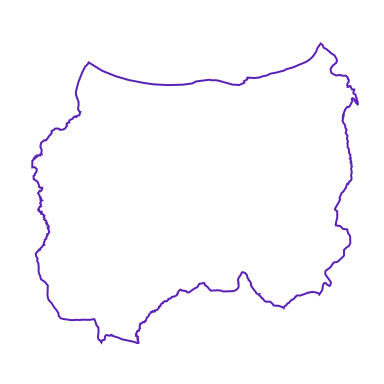 Lumajang, Jawa Timur, Indonesia (orthographic projection), rotated 183°
{"feature_id": "22746128B76070527787319", "entity_name": "Lumajang", "entity_type": "district", "adm_level": 2, "iso_a3": "IDN", "parent_name": "Indonesia", "parent_adm1": "Jawa Timur", "projection": "orthographic", "projection_center": [113.148, -8.125], "detail": "fine", "context": "isolated", "style": "outline", "palette": "violet", "viewbox_px": 384, "rotation_deg": 183, "n_neighbors": 0, "source": "geoboundaries", "source_scale": "gbopen_adm2", "svg_char_len": 5828}
<svg xmlns="http://www.w3.org/2000/svg" viewBox="0 0 384 384"><g transform="rotate(183 192 192)"><path d="M342.1,126.3L342.2,125.2L343.4,124.4L344.8,122.0L344.3,119.8L342.7,117.2L343.1,115.3L341.7,112.7L341.1,108.5L341.1,104.9L340.5,102.6L339.0,99.8L338.8,98.2L338.1,96.9L334.0,94.3L331.1,91.1L330.9,80.9L330.0,77.7L328.9,76.0L326.7,74.0L323.0,68.9L321.3,67.2L319.0,63.9L318.7,61.4L316.7,59.2L314.3,58.5L305.4,57.7L299.5,58.4L297.3,58.2L295.5,58.7L287.3,59.0L283.5,59.9L282.7,59.7L280.1,53.4L278.4,51.8L278.0,47.7L278.3,41.9L277.9,40.6L277.1,39.4L276.2,39.1L274.6,37.0L274.1,39.1L271.5,40.0L271.3,43.1L270.6,44.4L269.1,44.7L266.6,44.1L265.1,45.2L264.4,44.9L264.3,44.3L257.9,42.7L254.5,41.3L241.9,39.3L238.9,38.3L237.7,38.4L237.5,39.7L238.5,40.8L238.2,41.6L238.6,42.1L238.2,42.8L238.8,43.2L238.5,44.7L240.0,45.0L239.8,45.9L240.4,45.9L240.7,47.2L239.9,48.2L239.6,49.8L239.0,50.5L237.8,50.6L237.7,51.8L236.7,53.1L237.3,54.5L236.7,58.0L235.2,58.2L234.1,59.7L232.7,59.5L232.2,60.6L231.8,60.5L231.3,61.1L230.8,63.6L230.0,64.8L228.8,65.7L228.6,67.4L226.9,69.1L226.7,70.0L225.7,70.1L225.3,70.8L224.3,70.3L223.8,71.1L222.8,71.0L222.9,71.8L220.5,72.5L218.8,74.9L219.0,75.7L217.5,76.5L217.4,77.9L216.4,79.1L215.2,79.4L215.1,80.2L213.7,81.5L212.6,81.3L212.2,81.7L211.2,81.8L209.8,83.4L209.9,84.0L207.7,84.7L206.6,86.2L203.6,86.9L202.0,88.0L201.4,88.6L201.3,89.9L200.8,90.2L200.5,91.7L198.7,93.9L197.5,93.6L197.0,93.1L192.8,92.8L191.8,91.6L189.7,91.6L184.6,95.7L181.8,97.2L179.8,100.8L178.0,101.0L175.4,101.9L174.4,100.6L174.3,99.6L171.9,98.3L168.2,94.5L161.1,95.2L158.2,95.1L155.5,94.3L145.2,95.2L142.2,97.0L140.7,99.0L140.5,100.8L140.7,102.8L141.1,103.5L140.8,104.7L141.6,106.4L140.7,109.2L139.2,111.4L138.1,114.0L137.5,114.6L134.9,114.1L132.6,111.6L132.2,109.4L130.8,107.5L130.9,107.0L129.7,106.2L128.2,103.7L128.5,102.5L127.7,101.4L127.7,100.8L122.9,95.2L122.6,94.4L120.5,93.2L119.7,93.4L119.9,93.1L119.4,92.3L117.5,90.9L116.9,89.7L115.7,89.4L115.1,88.3L113.4,86.7L111.4,86.2L110.8,86.6L108.2,86.5L105.9,84.7L104.5,82.9L99.7,82.9L95.7,81.8L94.3,80.8L93.5,82.8L92.1,83.7L90.6,85.9L89.7,86.1L87.3,89.1L84.4,90.8L83.8,92.2L83.2,92.3L82.5,93.6L81.6,94.2L78.4,94.3L71.9,97.0L71.0,97.7L69.2,97.6L68.7,98.1L66.8,98.5L63.2,98.3L60.2,97.3L59.5,96.3L56.7,101.0L56.4,105.3L55.6,107.7L54.0,108.2L51.6,106.2L49.9,105.4L49.4,105.6L48.6,107.7L48.8,109.6L54.3,116.4L54.7,118.0L54.5,120.3L50.0,123.8L47.7,127.7L46.5,129.1L43.0,129.9L37.3,135.8L36.8,136.9L37.2,142.0L34.9,144.6L32.4,146.5L31.2,149.0L31.8,156.0L32.3,157.1L33.7,158.5L35.2,162.8L39.4,163.1L42.2,165.8L46.5,166.1L46.8,166.5L46.4,170.3L45.6,173.8L46.0,180.4L47.9,181.5L48.4,182.6L44.3,190.7L43.7,192.3L44.4,193.6L42.6,198.8L41.0,200.2L38.3,204.8L37.8,208.0L37.2,208.4L36.3,208.2L35.6,210.5L33.8,212.0L33.5,212.7L33.4,214.5L34.0,216.4L33.5,220.0L34.3,223.3L34.1,225.3L33.6,225.8L34.3,226.9L34.1,228.2L35.1,229.4L34.5,230.2L35.1,230.6L34.9,231.5L35.9,233.4L35.3,233.5L35.2,234.1L36.0,236.2L35.7,237.4L37.3,239.4L37.6,243.1L39.0,245.0L39.0,247.4L39.4,248.7L38.9,250.5L40.1,253.5L39.6,256.3L41.7,259.1L40.9,262.2L42.3,264.3L42.4,266.0L43.2,267.6L44.6,269.2L45.4,271.2L45.1,272.1L45.4,273.8L44.9,274.0L45.2,275.6L44.5,275.9L45.2,277.0L44.4,277.7L44.5,279.4L43.7,280.8L43.6,282.1L41.3,285.2L40.1,285.0L38.9,286.1L36.6,291.3L37.3,293.4L36.6,294.1L34.6,293.2L34.2,291.6L33.2,290.8L33.1,289.7L32.4,289.5L31.3,288.1L30.9,288.7L31.7,290.2L31.3,291.1L32.2,291.9L32.3,293.9L33.4,296.0L33.9,298.0L35.7,298.6L36.1,299.6L35.3,302.8L37.6,302.8L39.4,306.1L40.0,306.3L41.4,305.1L42.2,305.1L42.7,307.7L41.3,310.2L41.3,312.0L42.1,312.6L42.2,313.8L43.8,315.8L44.7,316.2L48.0,316.0L50.5,316.7L53.7,315.9L55.6,316.4L59.1,318.3L59.6,319.6L60.0,322.4L58.1,325.5L54.7,328.6L54.1,330.6L54.6,332.5L57.0,336.1L59.6,337.3L65.1,341.6L68.1,343.0L69.3,345.6L71.3,347.0L74.2,342.4L75.4,338.5L78.5,333.5L81.3,330.5L84.9,327.9L98.0,321.6L104.4,319.5L105.9,318.3L113.3,315.9L120.1,314.2L123.6,312.2L127.8,311.2L130.2,310.0L136.1,309.0L142.4,309.2L142.9,308.8L142.5,307.9L142.9,307.2L145.9,305.4L145.4,303.9L150.5,301.3L157.4,301.4L170.9,304.5L174.1,304.9L177.8,304.6L180.5,305.0L193.8,302.6L197.2,300.5L206.7,298.7L221.8,297.5L235.8,297.5L245.8,298.4L261.0,300.5L273.8,303.5L287.9,308.3L302.0,316.0L302.9,314.1L305.5,311.3L308.1,305.0L311.1,296.1L312.9,287.6L313.2,285.1L312.8,282.7L310.0,276.0L309.8,272.7L310.2,269.1L308.9,266.7L307.6,266.0L308.2,264.9L308.4,262.7L311.5,261.7L311.5,260.8L313.2,261.2L314.4,260.2L314.9,259.0L317.7,257.5L318.5,256.2L318.3,254.9L319.2,254.9L320.8,253.7L320.8,252.6L320.2,251.8L322.1,248.7L324.4,247.5L325.6,247.3L327.6,247.3L328.0,248.1L329.5,248.4L332.3,248.0L333.1,246.8L335.4,245.7L335.2,243.5L335.7,243.1L336.0,242.0L337.1,241.2L340.4,236.0L342.2,236.0L345.3,233.1L345.8,229.4L344.2,225.7L344.6,222.7L344.0,221.7L345.6,221.5L345.6,220.4L348.4,220.6L348.5,219.3L350.0,219.5L349.7,218.4L350.6,218.3L350.9,217.0L351.8,217.2L351.9,216.1L353.1,214.6L352.8,208.2L350.6,208.6L348.3,206.9L348.3,204.6L348.7,203.5L350.0,201.8L349.9,200.7L351.1,199.6L350.7,196.3L349.5,195.9L346.8,194.2L345.0,190.3L345.1,189.1L343.8,188.4L343.2,188.6L342.7,188.0L342.0,188.4L341.6,187.7L342.5,185.6L343.4,184.8L344.2,185.2L345.7,182.6L344.0,180.4L343.5,178.6L342.6,178.4L342.4,176.5L341.3,175.8L341.8,175.5L342.8,175.9L342.4,174.1L343.1,172.9L342.2,171.6L342.5,170.5L342.0,169.7L343.5,169.0L344.3,167.4L343.8,166.4L344.6,166.1L344.5,165.6L343.3,164.4L341.3,164.4L341.8,163.2L341.5,162.3L340.3,162.6L339.9,161.9L338.1,160.6L338.8,159.3L338.2,159.0L337.9,157.4L338.3,156.8L336.0,155.5L336.0,153.9L335.3,153.6L335.8,152.8L334.6,152.0L334.7,151.3L333.4,150.6L333.3,148.8L334.2,148.7L332.4,144.8L333.4,142.6L334.6,142.1L334.1,140.8L335.0,139.8L335.0,137.8L336.5,136.7L336.5,135.4L337.4,133.2L336.7,131.5L337.8,131.2L339.0,129.2L340.6,127.6L340.7,126.4L342.1,126.3Z" fill="none" stroke="#5b21b6" stroke-width="2"/></g></svg>